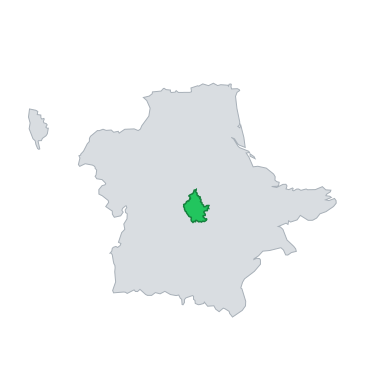 France, with Cher highlighted, rotated 161°
{"feature_id": "FRA-5279", "entity_name": "Cher", "entity_type": "Metropolitan department", "adm_level": 1, "iso_a3": "FRA", "parent_name": "France", "parent_adm1": "", "projection": "mercator", "projection_center": [2.504, 47.022], "detail": "fine", "context": "in_parent", "style": "filled", "palette": "green", "viewbox_px": 384, "rotation_deg": 161, "n_neighbors": 0, "source": "natural_earth", "source_scale": "10m", "svg_char_len": 6589}
<svg xmlns="http://www.w3.org/2000/svg" viewBox="0 0 384 384"><g transform="rotate(161 192 192)"><path d="M289.4,160.9L287.1,162.2L285.7,164.7L284.3,165.3L281.7,165.3L280.4,163.8L277.3,164.8L276.0,166.4L277.9,168.4L271.7,176.5L267.7,178.6L266.9,183.9L262.2,187.8L260.5,192.0L260.4,192.8L261.5,194.1L261.0,196.8L258.7,198.5L258.7,200.3L259.4,200.5L263.0,199.1L264.3,197.5L263.6,195.4L267.2,192.7L273.7,193.4L274.5,196.9L273.6,199.9L278.3,206.3L274.2,209.3L274.0,211.3L278.1,217.7L280.7,220.3L279.3,224.6L274.9,227.3L272.1,227.1L270.9,227.8L271.1,229.1L273.0,233.0L277.7,235.5L278.5,238.4L277.1,239.4L275.0,243.8L275.9,245.9L275.5,246.9L276.0,248.3L277.3,249.8L283.8,253.5L289.8,252.8L290.5,254.9L286.9,260.6L287.1,263.1L285.2,263.1L284.9,264.0L281.3,265.9L275.4,271.6L272.6,273.2L271.5,276.1L269.9,277.7L261.4,280.9L259.8,280.2L255.7,280.3L253.1,278.2L248.2,276.9L246.6,274.0L242.0,273.4L241.7,271.4L235.2,273.2L226.1,270.5L222.9,267.6L220.3,268.3L217.9,271.0L208.1,277.8L204.3,284.9L205.0,293.2L207.2,297.2L201.3,296.6L197.7,297.8L196.8,299.5L188.4,297.5L185.3,299.2L184.4,299.0L183.3,297.3L179.2,295.4L179.8,294.0L179.2,292.8L175.4,291.9L174.0,293.0L172.5,290.6L161.6,286.9L159.8,287.0L159.1,290.7L152.1,290.6L151.1,289.9L146.6,290.7L141.8,287.2L136.4,287.9L133.1,284.3L129.9,284.1L125.4,282.2L123.4,281.3L123.1,280.2L121.8,281.8L120.1,281.5L119.8,281.0L120.8,279.0L121.1,276.6L115.4,274.9L113.9,273.2L113.9,272.4L116.9,271.6L119.7,268.3L122.3,256.5L124.1,242.5L125.5,239.8L127.3,239.1L125.9,237.1L124.1,239.7L125.2,226.7L127.2,216.8L132.0,220.9L133.1,222.6L134.5,228.5L137.1,230.9L135.4,228.5L133.7,220.7L132.6,218.5L125.1,212.0L124.8,210.5L128.1,211.3L126.8,206.3L126.0,195.9L121.4,194.9L114.0,190.4L109.0,182.4L108.4,179.4L109.7,176.2L108.5,174.2L106.4,172.8L108.0,170.0L109.6,169.7L114.9,171.3L110.5,168.7L103.5,169.6L100.7,168.7L100.2,166.8L102.1,164.3L99.7,162.7L95.7,163.1L95.2,162.5L96.4,160.7L95.4,160.0L92.1,160.7L90.2,160.1L88.5,158.1L83.1,157.7L82.0,156.5L74.6,154.1L67.0,154.6L64.8,150.5L60.1,148.5L61.0,147.2L65.7,146.0L66.6,144.9L63.2,143.2L62.0,141.5L68.3,141.1L65.4,139.3L59.4,139.5L58.6,137.0L59.3,134.5L62.9,132.2L71.7,129.8L78.1,129.7L82.6,126.8L87.1,126.0L91.4,127.4L97.2,134.6L101.7,131.4L108.6,131.5L110.0,133.3L111.8,130.1L113.3,131.9L121.7,131.3L119.8,130.1L118.2,127.0L117.8,115.7L113.5,107.5L112.5,104.5L112.7,101.9L117.7,102.4L121.9,101.2L123.9,102.0L124.4,107.4L126.1,110.4L137.6,111.4L144.3,113.0L149.9,110.0L155.1,108.7L155.5,108.0L152.5,108.3L149.8,107.0L149.4,105.6L150.8,101.4L158.8,96.7L170.6,92.8L173.6,90.2L177.1,85.4L176.3,84.2L176.8,71.2L178.5,66.9L183.0,63.7L194.4,60.6L195.9,64.8L195.8,67.1L198.8,70.8L200.3,72.0L205.3,70.0L207.7,73.4L208.4,77.3L214.4,78.9L216.2,83.9L217.2,82.8L221.0,83.0L222.8,83.4L225.2,85.6L224.5,88.6L225.5,90.0L224.5,92.8L225.2,93.9L232.1,93.9L234.2,92.7L235.1,90.0L237.2,88.3L238.0,88.8L236.7,93.9L237.6,95.3L238.1,98.9L240.7,99.2L245.8,102.1L250.0,106.9L255.3,106.1L259.4,108.8L263.8,107.4L267.8,108.8L269.2,110.2L272.9,116.9L275.9,115.6L277.9,116.4L278.6,118.3L286.3,117.2L287.7,119.0L289.3,119.7L299.0,122.2L299.1,124.7L293.5,131.8L291.0,141.8L289.4,145.3L288.8,147.8L289.2,149.6L288.9,152.3L287.8,158.7L288.4,160.6L289.4,160.9ZM324.1,287.7L323.6,291.5L325.0,294.1L325.4,304.8L322.6,309.9L322.2,316.1L318.6,323.4L313.2,320.2L311.6,318.4L313.1,315.6L309.9,314.0L310.7,311.3L310.3,309.9L308.1,309.8L308.0,309.1L309.6,307.0L309.6,305.7L307.5,304.0L307.1,302.6L309.1,300.9L308.2,299.4L307.1,299.1L309.8,294.2L311.7,292.7L316.0,291.4L317.7,289.6L320.5,290.5L321.0,290.1L321.9,282.3L322.9,282.2L323.8,283.3L324.1,287.7ZM125.4,206.9L124.7,209.2L121.8,205.2L121.5,203.0L125.4,206.9Z" fill="#d9dde1" stroke="#a8b0b8" stroke-width="1"/><path d="M182.5,174.4L180.8,173.9L180.4,173.7L181.4,172.7L181.7,172.0L181.6,171.2L181.9,171.4L182.3,171.4L182.6,171.3L182.9,171.1L183.0,171.0L183.0,170.8L183.0,170.5L183.0,170.2L183.6,169.5L183.7,169.4L184.7,169.8L185.6,169.9L186.5,169.8L187.2,169.4L187.4,169.1L187.4,168.8L186.9,167.4L186.8,166.9L186.8,166.5L186.9,166.1L187.0,165.8L187.2,165.6L187.5,165.5L188.7,165.9L189.2,165.9L189.5,165.2L189.5,164.7L189.4,164.3L189.2,164.0L188.8,163.4L188.4,162.4L188.1,162.1L187.3,162.1L187.0,161.9L187.1,161.1L187.7,160.6L189.1,160.2L189.7,160.1L190.1,160.1L191.1,160.8L191.6,160.9L192.6,160.5L192.9,160.5L193.8,161.4L194.2,161.5L195.2,161.5L195.5,161.7L196.3,163.0L197.0,163.7L197.3,163.9L197.8,163.9L198.0,163.5L198.2,163.0L198.3,162.8L198.7,162.8L199.3,163.4L199.5,163.6L199.9,163.5L200.6,163.1L201.0,162.9L201.1,163.1L201.3,163.5L201.5,164.0L201.9,164.6L202.0,164.8L202.0,165.1L201.9,165.9L201.9,166.0L201.7,166.3L201.7,166.5L201.4,167.1L201.2,167.4L201.0,167.8L201.0,168.0L201.1,168.4L201.2,168.5L201.3,168.6L201.5,168.7L201.7,168.8L201.8,168.9L202.3,169.5L202.7,169.8L202.8,169.9L202.9,170.1L202.9,170.3L203.1,171.3L203.3,171.7L203.5,172.5L203.8,173.3L203.9,173.9L203.9,174.1L203.9,174.3L203.9,174.7L203.9,174.9L203.9,175.2L204.0,175.3L204.4,175.8L204.5,175.8L204.6,176.0L204.6,176.5L204.6,177.2L204.7,177.5L204.7,177.9L204.7,178.2L204.5,178.9L204.3,179.3L204.3,179.5L204.4,179.8L204.6,180.4L204.6,180.5L204.7,180.8L204.6,181.0L204.0,182.1L204.0,182.3L203.9,182.4L203.9,182.9L203.3,183.0L202.8,182.9L202.0,183.1L200.8,183.9L200.7,184.0L200.6,184.3L200.5,184.5L200.3,184.7L200.1,184.7L199.9,184.6L199.7,184.6L199.2,185.0L198.4,184.8L198.3,184.6L198.1,184.5L197.7,184.9L197.2,185.4L196.8,185.7L196.4,185.7L196.2,185.8L196.3,186.3L196.2,186.5L195.6,186.5L195.4,186.6L195.4,186.8L195.5,186.9L195.7,187.2L195.7,187.3L195.6,187.7L195.5,187.9L195.6,188.1L195.7,188.3L196.0,188.6L196.1,188.8L196.2,189.1L196.2,189.3L196.1,189.5L194.5,190.0L193.7,190.0L193.1,190.2L192.8,190.1L192.5,190.2L192.1,190.2L191.0,190.8L190.7,191.3L190.5,191.5L190.4,191.6L190.2,191.6L190.0,191.8L189.9,192.2L189.4,193.0L187.5,192.9L187.2,193.0L187.4,192.5L187.6,192.2L188.1,191.7L188.2,191.4L188.3,191.1L188.3,190.8L188.1,190.1L187.9,189.8L187.7,189.6L187.6,189.2L188.0,188.3L188.1,187.9L188.1,187.5L188.1,187.1L187.9,186.8L187.4,186.6L187.4,186.4L187.3,186.1L187.4,185.9L187.4,185.6L187.2,185.4L187.0,185.2L186.2,185.1L186.0,184.9L185.9,184.7L185.9,184.4L186.1,184.1L186.7,183.6L186.8,183.4L186.7,183.0L186.5,182.8L186.3,182.7L186.1,182.5L186.0,182.1L186.1,181.6L186.3,181.1L186.5,180.8L187.1,180.2L187.1,179.9L186.9,179.6L186.3,179.2L186.1,178.8L186.2,178.4L186.4,177.7L186.4,177.2L186.2,176.9L186.0,176.6L185.6,176.1L185.4,175.9L185.4,175.7L185.6,175.2L185.6,174.9L185.6,174.6L185.5,174.3L185.4,174.1L185.0,174.0L184.0,173.8L183.6,173.9L182.9,174.3L182.5,174.4Z" fill="#22c55e" stroke="#15803d" stroke-width="1.5"/></g></svg>